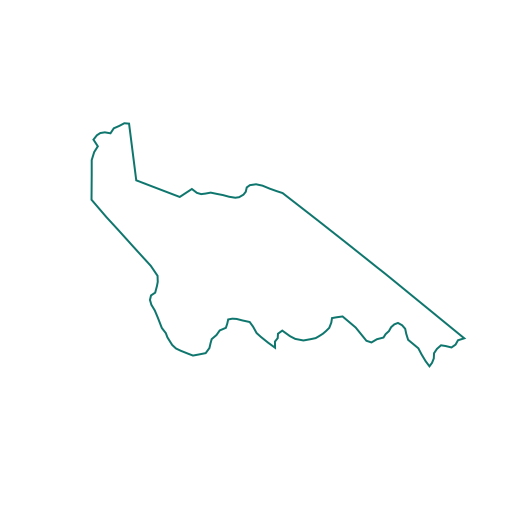 Capistrano, Ceará, Brazil (Equal Earth projection), rotated 324°
{"feature_id": "56859067B99249813136539", "entity_name": "Capistrano", "entity_type": "district", "adm_level": 2, "iso_a3": "BRA", "parent_name": "Brazil", "parent_adm1": "Ceará", "projection": "equal_earth", "projection_center": [-38.911, -4.467], "detail": "fine", "context": "isolated", "style": "outline", "palette": "teal", "viewbox_px": 512, "rotation_deg": 324, "n_neighbors": 0, "source": "geoboundaries", "source_scale": "gbopen_adm2", "svg_char_len": 1665}
<svg xmlns="http://www.w3.org/2000/svg" viewBox="0 0 512 512"><g transform="rotate(324 256 256)"><path d="M135.9,278.7L136.9,283.8L139.4,288.4L144.0,295.7L146.5,299.5L151.5,301.9L158.2,305.0L164.2,303.1L168.0,299.8L171.3,297.2L177.6,296.7L182.9,294.9L189.4,296.4L192.9,293.9L196.2,291.0L200.0,292.8L203.3,295.5L207.1,300.1L212.1,305.7L212.1,311.4L211.2,318.7L212.4,324.3L214.8,333.1L217.5,341.4L221.0,336.4L225.3,335.2L228.1,331.8L233.4,331.8L236.4,340.9L239.0,346.1L244.7,352.2L251.1,355.3L256.0,357.5L259.8,357.9L264.4,358.2L268.3,357.9L273.0,357.2L277.7,354.2L281.0,350.9L285.1,352.9L290.5,355.8L294.6,372.4L295.5,389.5L298.6,393.8L304.9,394.4L311.2,396.9L314.9,395.4L319.4,394.9L323.5,393.0L327.7,392.6L331.5,393.6L333.5,397.9L333.9,402.6L331.8,407.3L329.8,413.2L333.1,426.1L332.1,432.8L331.4,440.8L331.5,447.2L335.6,445.9L339.6,443.4L342.9,439.3L347.8,437.5L353.2,437.0L356.5,440.3L360.4,444.9L365.3,445.0L369.9,442.9L376.1,445.0L350.1,346.3L347.5,337.2L337.3,300.3L326.5,262.1L314.5,220.7L310.8,215.6L306.7,209.6L302.6,202.9L298.2,198.0L292.7,195.1L288.8,195.1L285.5,198.0L281.9,199.0L276.9,198.5L273.5,196.7L269.1,192.3L265.0,187.2L260.6,182.5L256.6,178.1L251.8,175.8L248.0,173.7L245.3,170.2L243.5,164.1L229.0,163.4L215.7,143.0L203.6,124.4L231.1,74.3L227.5,71.2L221.9,70.4L216.0,69.1L210.4,71.2L206.4,67.1L202.3,65.0L198.3,64.8L192.9,66.3L192.5,74.3L186.2,76.8L179.5,81.8L170.7,93.9L156.0,113.8L157.8,136.3L159.8,153.6L162.8,181.7L165.1,202.2L164.7,214.2L161.3,219.2L158.3,222.0L152.9,226.4L147.9,226.2L144.4,229.2L142.7,233.9L142.1,240.6L140.4,247.9L137.5,258.9L137.7,265.4L136.5,269.8L135.9,278.7Z" fill="none" stroke="#0f766e" stroke-width="2"/></g></svg>